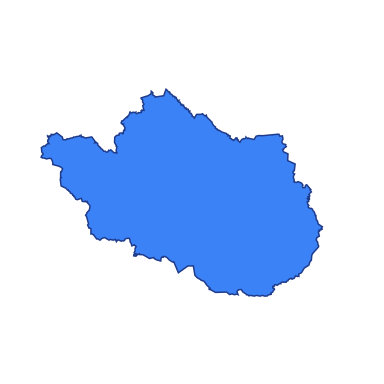 Turicato, Michoacán, Mexico, rotated 323°
{"feature_id": "50627088B87048216437390", "entity_name": "Turicato", "entity_type": "district", "adm_level": 2, "iso_a3": "MEX", "parent_name": "Mexico", "parent_adm1": "Michoacán", "projection": "robinson", "projection_center": [-101.446, 18.943], "detail": "fine", "context": "isolated", "style": "filled", "palette": "blue", "viewbox_px": 384, "rotation_deg": 323, "n_neighbors": 0, "source": "geoboundaries", "source_scale": "gbopen_adm2", "svg_char_len": 5997}
<svg xmlns="http://www.w3.org/2000/svg" viewBox="0 0 384 384"><g transform="rotate(323 192 192)"><path d="M288.3,261.5L288.0,255.3L286.7,255.0L284.9,256.5L283.2,255.3L283.5,254.2L284.8,253.1L284.8,250.7L283.0,247.6L281.0,247.1L279.5,245.3L280.2,244.9L281.2,243.0L281.3,242.1L282.6,240.3L284.8,239.4L284.2,238.0L284.5,237.1L285.5,236.3L286.5,236.6L291.2,231.7L287.3,224.5L291.6,219.3L289.2,214.8L289.9,212.7L290.8,213.0L292.0,212.4L294.6,212.5L294.5,211.3L295.4,210.7L295.3,210.2L293.7,208.5L293.7,206.9L294.3,205.6L296.4,204.6L298.0,201.6L295.7,200.3L296.2,198.2L295.5,197.6L282.2,189.5L279.3,187.1L276.8,186.0L273.2,187.4L270.0,183.8L269.7,183.0L268.7,183.0L268.2,180.7L267.8,181.3L265.4,181.0L265.3,180.4L263.3,180.0L260.2,181.1L259.7,178.7L260.3,178.3L259.5,177.1L260.5,176.2L259.8,175.2L256.7,176.0L256.0,175.7L256.2,174.9L255.5,174.1L255.4,172.9L254.6,171.9L256.2,170.3L256.0,169.6L254.5,168.8L255.4,167.8L254.5,166.9L254.7,166.0L252.1,162.3L250.8,159.1L250.1,158.8L250.0,158.4L250.3,158.3L249.6,157.4L250.0,156.9L249.1,155.2L249.9,154.2L249.3,152.4L249.3,150.9L249.5,149.2L250.0,148.3L248.9,141.3L249.7,139.2L248.1,139.2L247.5,135.8L245.9,135.4L242.4,132.8L238.4,134.4L238.5,133.2L237.7,131.6L238.2,131.4L238.6,128.8L237.9,127.9L238.1,127.1L238.9,126.1L237.9,125.9L238.4,125.2L238.1,124.4L238.8,123.7L238.0,122.7L237.4,122.6L237.8,121.3L236.9,121.2L237.1,119.4L236.9,119.0L237.4,117.8L236.9,117.9L236.8,116.7L235.8,116.1L236.5,115.6L235.9,114.8L236.5,113.0L235.6,112.4L235.8,111.5L236.7,111.0L235.4,110.6L235.9,109.8L235.7,108.3L236.2,107.0L235.3,106.5L235.8,106.2L235.5,105.1L235.0,104.3L234.4,104.2L234.6,101.9L233.6,100.3L234.3,99.3L233.8,99.0L234.1,98.4L233.4,97.5L233.5,96.1L233.1,94.3L227.3,98.1L219.1,93.6L219.7,93.9L220.1,93.5L219.0,90.6L220.5,89.3L220.1,87.0L218.4,88.9L214.9,88.7L208.0,86.2L207.5,86.9L208.1,88.6L206.7,90.4L206.5,92.9L204.5,93.5L202.8,97.9L201.4,96.4L200.6,97.2L200.0,96.7L199.5,97.9L197.9,97.3L197.1,96.4L195.0,96.2L194.6,94.8L195.1,94.4L194.3,94.2L192.8,92.7L191.8,92.8L190.8,91.9L190.7,90.8L189.3,91.6L188.7,92.4L186.2,92.8L185.8,93.5L185.1,93.5L184.8,92.8L179.3,93.5L178.7,93.0L176.9,94.2L177.1,96.0L178.2,96.5L177.5,97.0L177.1,100.7L175.5,101.4L175.6,102.2L174.2,101.9L172.1,104.0L171.6,103.7L171.7,102.8L169.8,101.5L169.0,101.5L168.2,102.6L165.6,101.4L163.2,101.8L159.9,105.9L159.5,109.3L159.0,109.7L159.4,110.5L156.2,113.4L155.5,115.6L153.3,113.5L152.5,109.4L151.1,109.4L150.5,108.5L149.2,109.2L148.4,109.1L147.7,108.8L147.3,107.3L146.1,106.3L146.0,103.8L145.4,102.7L145.5,100.9L145.0,100.1L145.4,100.4L145.0,97.9L145.9,96.4L145.4,95.1L144.7,94.7L145.3,94.7L145.3,94.0L144.5,93.5L145.1,92.6L145.1,87.7L139.2,84.6L138.1,82.1L136.9,81.8L136.9,80.8L137.6,79.9L136.2,79.4L135.4,79.6L133.2,78.2L131.4,77.7L130.5,76.8L129.4,77.0L127.2,75.8L125.3,75.4L124.3,74.3L122.6,74.4L120.5,72.5L121.5,70.1L119.6,63.4L116.0,63.1L115.7,62.3L114.9,62.2L114.2,61.2L113.3,62.1L112.2,61.6L112.3,62.3L111.0,62.3L110.4,60.3L110.0,60.9L110.2,61.9L109.7,63.3L109.1,63.8L108.0,63.7L107.0,65.0L106.9,67.3L106.0,66.6L103.9,66.5L102.5,67.2L101.5,66.1L98.4,65.9L96.1,69.7L96.1,71.8L95.6,72.4L94.2,72.4L92.4,73.4L93.1,74.9L93.9,75.4L95.8,78.1L97.9,79.0L99.6,80.4L99.1,83.3L98.2,85.4L97.3,86.2L100.9,90.8L102.4,93.5L102.6,95.5L100.1,97.2L99.5,96.8L98.6,97.6L96.1,101.0L96.3,101.6L95.5,101.6L95.4,102.1L94.4,102.6L91.1,108.4L93.5,112.9L93.8,115.6L94.4,115.8L94.2,117.3L94.7,118.3L94.2,119.7L95.2,121.3L94.8,122.9L95.3,123.4L95.3,124.1L94.9,124.5L95.4,125.1L94.8,127.7L95.7,129.1L99.8,130.5L98.7,133.4L100.1,134.9L101.4,135.1L101.2,135.6L101.6,136.3L102.6,136.4L102.6,137.1L102.0,137.5L102.3,141.1L101.9,142.1L99.3,144.5L95.3,145.4L94.8,146.0L93.0,146.5L93.0,148.2L90.2,155.2L88.8,155.5L88.0,159.0L88.9,159.6L89.2,160.5L86.0,164.7L86.8,165.1L87.6,166.9L87.6,172.2L88.6,172.7L89.3,174.8L90.0,175.2L91.8,174.8L94.7,175.7L96.8,180.5L98.0,180.6L100.3,183.2L102.3,183.7L101.7,186.2L103.7,185.6L104.5,186.2L105.9,188.7L107.0,189.0L108.1,190.0L109.2,190.0L109.6,189.4L111.7,189.6L114.1,191.3L113.3,193.7L112.6,194.4L112.4,196.8L111.5,198.8L114.1,199.6L113.9,200.1L114.5,200.8L114.5,202.1L112.6,202.7L111.1,204.8L109.4,205.5L109.2,207.1L108.0,206.9L107.0,207.9L108.6,209.5L110.1,207.8L110.6,208.3L110.0,209.3L112.8,209.6L112.5,210.4L115.2,212.7L118.0,219.5L122.0,221.3L121.8,222.6L122.9,224.9L125.5,228.3L127.5,226.2L128.8,225.9L129.7,226.8L130.2,226.1L131.5,227.2L132.6,229.2L132.9,232.4L133.9,235.3L134.7,236.7L135.5,236.8L132.5,248.3L144.2,248.6L148.6,251.8L144.2,260.3L144.6,263.7L146.0,266.8L146.1,267.8L147.9,270.5L147.8,275.7L148.5,279.7L147.3,279.6L147.1,280.2L148.0,281.1L150.3,286.3L159.4,292.7L160.3,296.5L162.6,297.4L164.0,299.5L166.6,300.7L167.0,301.6L168.0,298.5L170.4,298.1L172.7,299.6L172.4,302.4L173.7,305.6L173.8,307.1L174.7,307.6L174.9,309.1L176.6,309.9L179.2,312.7L181.2,313.3L183.7,316.1L186.1,317.0L187.4,318.9L189.5,320.3L191.0,320.1L193.7,321.4L194.3,320.1L196.0,320.5L198.3,319.5L199.0,319.6L199.5,319.0L199.4,318.1L198.8,317.6L199.3,316.4L199.7,316.0L200.5,316.7L201.4,316.6L202.0,315.9L202.8,316.1L204.0,317.8L206.6,317.8L207.7,318.7L208.5,318.0L209.7,318.2L212.9,320.7L213.7,320.3L215.4,320.6L216.2,320.0L219.4,320.6L219.4,321.8L221.7,322.4L224.2,321.3L225.4,323.0L226.2,323.0L226.6,323.7L228.0,321.7L230.1,322.3L231.2,322.2L235.9,320.3L241.2,320.8L244.5,318.5L246.2,318.4L249.5,314.7L251.2,313.8L259.9,312.0L260.7,311.3L261.0,309.6L262.1,307.8L262.3,305.0L263.0,304.7L264.1,303.5L267.1,303.9L268.9,300.0L270.3,300.0L270.4,298.9L272.1,299.9L272.8,299.6L273.5,300.0L273.8,299.5L273.5,298.8L275.2,298.3L273.5,293.4L274.6,291.1L274.9,288.1L276.1,286.5L276.1,285.8L276.8,285.3L276.4,284.9L277.6,281.8L277.4,279.0L277.9,278.2L277.3,276.7L276.1,275.9L275.7,274.0L276.2,273.4L277.3,273.0L277.0,271.7L278.1,269.1L279.4,269.8L279.9,269.5L280.1,266.9L280.8,267.4L281.0,268.4L281.4,268.5L282.2,267.2L281.1,266.8L281.5,265.6L283.2,266.3L284.0,265.5L283.7,264.5L285.4,263.9L287.4,263.8L287.5,261.7L287.7,261.3L288.3,261.5Z" fill="#3b82f6" stroke="#1e3a8a" stroke-width="1.5"/></g></svg>